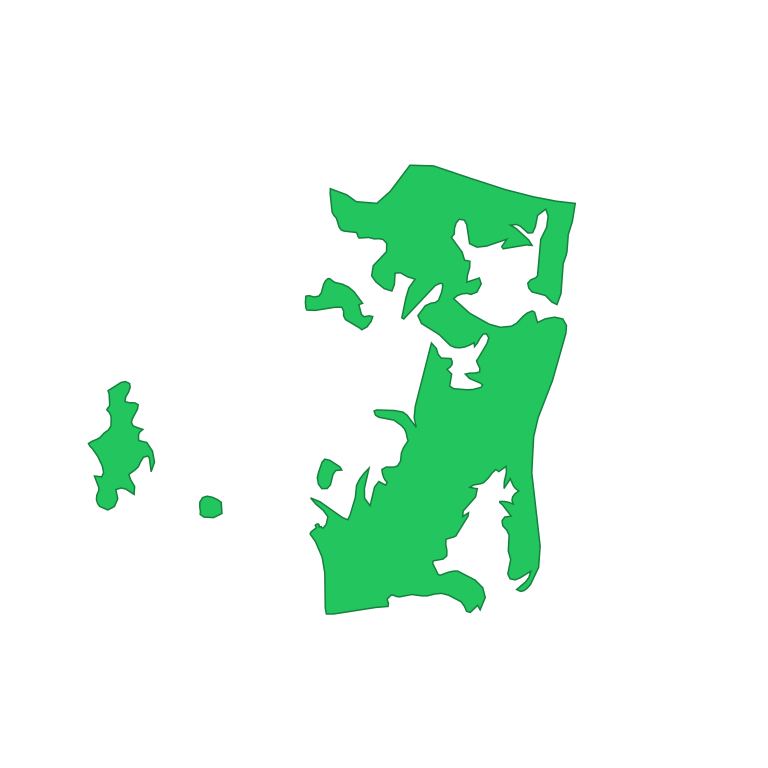 an SVG outline of Auckland, rotated 212°
{"feature_id": "NZL-3398", "entity_name": "Auckland", "entity_type": "Unitary Authority", "adm_level": 1, "iso_a3": "NZL", "parent_name": "New Zealand", "parent_adm1": "", "projection": "orthographic", "projection_center": [174.852, -36.678], "detail": "fine", "context": "isolated", "style": "filled", "palette": "green", "viewbox_px": 768, "rotation_deg": 212, "n_neighbors": 0, "source": "natural_earth", "source_scale": "10m", "svg_char_len": 5779}
<svg xmlns="http://www.w3.org/2000/svg" viewBox="0 0 768 768"><g transform="rotate(212 384 384)"><path d="M317.5,638.5L310.3,621.4L306.9,608.3L299.1,593.5L297.8,589.9L295.8,581.0L281.8,554.4L279.4,543.0L284.9,542.4L294.1,544.6L307.3,540.5L312.2,542.2L315.5,545.7L314.8,550.0L311.6,554.5L311.1,557.0L327.7,589.7L329.1,603.1L333.8,613.4L339.5,618.0L343.1,608.3L339.0,597.6L338.1,591.1L341.9,588.3L351.7,590.1L356.0,589.6L360.9,585.7L354.3,585.9L337.7,582.8L331.8,580.0L336.7,577.6L354.6,561.8L356.9,562.8L356.6,571.8L370.2,555.2L377.7,549.3L385.8,548.4L398.4,563.1L402.8,565.6L407.4,563.6L408.2,559.0L406.7,553.3L403.9,548.5L404.5,544.0L387.6,537.2L381.3,531.7L376.2,533.6L373.1,528.3L370.8,520.4L367.8,514.3L359.3,524.4L354.6,520.4L353.9,511.2L357.7,506.0L361.5,504.9L365.5,501.9L368.7,497.7L370.1,493.2L348.7,489.4L326.4,490.5L315.3,493.8L306.6,500.5L303.8,505.6L301.8,515.6L300.1,520.2L297.0,524.5L294.3,524.7L286.4,517.5L281.8,524.7L274.7,531.1L266.9,533.9L260.3,530.4L256.5,523.1L242.9,476.0L235.4,437.0L229.1,418.5L211.7,387.1L165.7,329.3L155.7,310.4L153.5,291.4L154.4,286.6L155.8,282.9L158.3,280.5L162.6,280.0L159.0,291.3L158.6,296.9L160.4,302.9L165.8,291.8L169.0,287.4L173.8,285.6L178.4,288.6L183.5,302.2L190.2,308.4L197.8,322.1L202.6,325.2L208.2,326.7L211.4,330.6L211.1,335.2L206.1,339.3L219.5,344.3L223.1,344.9L223.5,345.8L220.1,348.0L215.2,349.9L210.7,350.6L213.8,353.1L215.1,356.4L214.8,360.4L213.0,364.7L217.0,365.0L220.1,366.1L226.8,370.6L226.6,367.7L226.9,361.8L226.8,359.0L230.1,364.7L233.5,374.2L236.8,378.8L240.2,370.5L243.8,370.8L245.1,366.2L245.7,359.4L247.2,353.2L249.3,350.5L254.6,345.8L256.4,341.9L251.2,343.8L249.4,344.7L246.5,336.7L249.6,318.2L247.0,313.4L244.1,319.6L242.7,316.6L242.6,295.0L242.4,293.6L243.6,291.5L249.2,285.2L246.6,280.7L242.5,276.2L239.7,271.6L241.1,266.9L248.4,260.2L247.8,257.8L237.3,251.2L235.1,251.5L229.6,258.6L225.5,262.5L222.5,264.4L203.0,266.0L192.4,263.6L185.0,256.6L182.8,243.4L187.3,245.9L189.8,236.0L193.5,235.0L198.0,238.1L203.3,240.2L217.4,239.1L224.1,237.0L229.5,233.0L234.8,227.5L239.0,224.7L248.9,220.2L258.0,211.7L261.3,210.2L264.1,210.0L266.1,208.6L267.3,203.2L265.3,201.3L264.5,200.9L263.9,200.2L262.7,197.5L272.5,190.2L304.9,162.2L311.0,158.4L315.3,163.2L334.0,192.3L344.7,204.4L358.6,214.0L367.2,217.7L367.5,220.0L365.4,225.6L365.6,226.7L366.8,227.2L367.5,228.0L366.6,229.8L365.4,230.5L364.3,230.0L363.5,229.1L363.4,228.4L361.6,229.8L360.3,229.1L359.3,229.5L358.6,234.1L361.2,241.7L368.7,244.7L378.0,246.0L385.9,248.5L375.9,250.2L348.4,248.7L342.7,249.7L343.5,255.5L348.2,272.6L353.6,283.6L354.2,290.6L353.5,298.1L352.1,304.7L345.3,285.1L340.0,276.9L331.3,273.4L337.4,291.6L336.7,298.6L329.1,299.1L329.1,302.2L332.4,303.2L335.3,305.0L337.9,307.3L340.5,310.4L338.1,314.7L331.1,319.1L329.1,322.0L329.1,327.4L332.7,334.7L333.7,340.3L333.5,348.8L335.1,349.9L339.4,354.4L342.7,356.7L347.3,358.0L356.4,358.6L370.6,353.1L374.6,353.0L378.1,355.9L376.5,358.1L361.2,367.0L353.0,370.2L347.7,369.7L333.7,364.3L340.6,371.5L345.7,381.7L365.5,443.9L358.3,441.8L354.0,437.9L349.3,436.3L340.6,441.1L337.9,439.0L336.6,436.4L336.9,433.3L338.4,429.8L331.9,428.3L327.2,417.0L322.4,417.0L310.7,423.0L305.5,426.6L299.9,432.7L299.9,435.5L302.8,435.8L314.5,434.0L320.3,435.5L317.2,438.5L312.5,441.6L309.3,444.9L311.1,448.2L316.3,451.4L317.9,452.9L317.7,455.4L318.1,473.0L319.6,478.6L323.7,480.9L326.4,478.8L326.8,473.7L326.5,468.0L327.1,463.7L329.4,466.8L332.2,462.1L335.2,458.1L338.7,455.0L342.9,452.7L348.1,451.8L363.5,455.2L384.3,455.2L391.5,460.0L390.4,472.4L387.0,477.4L383.8,480.1L382.1,483.8L383.6,491.7L385.5,497.0L387.3,499.9L389.5,499.4L392.7,494.7L401.7,449.6L404.0,449.6L411.2,469.1L413.8,478.6L413.2,489.4L420.7,487.4L429.1,487.0L433.3,483.9L427.9,473.8L426.6,467.0L434.4,465.0L444.9,466.3L451.8,469.2L455.8,478.6L452.0,497.5L456.2,504.7L461.3,506.1L465.4,504.5L469.1,501.9L474.7,500.1L482.4,494.6L484.5,495.5L486.2,497.1L487.8,497.8L498.7,492.6L501.7,491.9L505.1,493.2L512.1,499.3L516.4,500.7L519.1,502.3L530.7,517.1L533.0,521.2L515.8,524.7L504.2,523.9L485.8,533.4L480.8,550.7L477.9,583.3L457.6,595.2L420.2,604.1L384.6,613.0L356.2,622.0L334.8,630.3L317.5,638.5ZM605.4,220.7L611.8,229.9L614.5,232.1L607.8,246.0L604.7,249.0L600.0,249.6L597.4,246.5L596.3,241.5L596.2,236.2L594.3,231.8L590.0,233.2L585.0,236.1L581.4,236.1L579.7,231.9L579.0,221.4L577.9,217.7L575.2,215.7L572.5,215.8L564.4,217.7L565.6,214.0L565.5,211.5L564.3,209.2L562.0,206.1L554.2,208.7L544.8,204.4L537.2,196.1L535.0,186.2L543.6,196.7L546.1,197.8L549.2,194.4L549.2,189.2L548.5,183.7L549.6,179.2L552.5,172.0L547.9,168.4L541.2,165.0L537.4,157.9L547.4,158.1L551.8,156.5L555.5,152.4L548.9,145.5L547.7,137.2L551.5,130.8L560.2,129.5L563.5,130.9L566.5,133.4L568.6,137.3L569.4,142.5L570.9,145.0L580.8,152.5L574.2,155.7L574.9,160.4L579.7,165.4L588.4,170.9L596.9,174.6L600.1,175.3L603.1,176.9L601.4,180.5L598.3,184.8L596.5,188.1L595.3,194.3L593.4,198.8L593.3,203.7L597.5,210.8L598.9,212.3L600.7,213.6L602.5,214.5L604.4,214.8L605.5,215.5L605.5,217.2L605.1,219.1L605.4,220.7ZM481.4,409.9L488.7,405.8L490.5,407.1L493.9,411.5L496.8,417.1L494.3,419.3L489.5,420.6L485.8,424.1L485.5,428.1L488.0,436.5L488.3,440.5L487.4,443.6L485.9,444.6L481.6,444.1L479.1,444.2L472.3,446.6L465.5,447.4L458.4,446.4L444.9,441.1L447.4,438.0L440.1,431.1L436.7,430.4L432.6,434.0L429.3,435.2L428.1,430.3L428.7,423.3L431.6,418.2L434.1,418.6L450.8,418.2L454.5,420.5L457.1,424.7L460.6,426.7L466.7,422.7L481.4,409.9ZM376.8,265.2L381.3,262.3L386.5,264.3L390.9,269.2L392.8,274.9L395.1,284.9L394.4,288.9L389.4,290.6L377.5,290.3L374.2,288.7L379.1,285.0L379.3,280.3L376.0,270.1L376.8,265.2ZM470.8,176.0L472.2,178.7L475.1,182.1L477.6,186.3L477.6,191.6L474.6,195.1L469.5,197.0L463.9,197.7L459.3,197.4L452.8,188.3L457.7,180.4L466.2,175.7L470.8,176.0Z" fill="#22c55e" stroke="#15803d" stroke-width="1.5"/></g></svg>